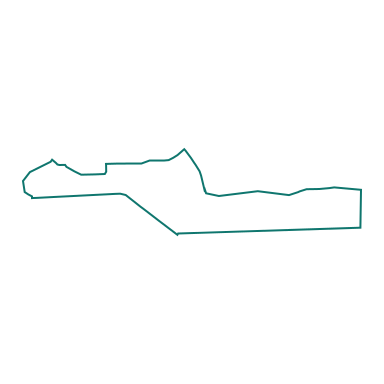 outline of New Cairo-3, Al Qahirah, Egypt
{"feature_id": "37247803B49811870233448", "entity_name": "New Cairo-3", "entity_type": "district", "adm_level": 2, "iso_a3": "EGY", "parent_name": "Egypt", "parent_adm1": "Al Qahirah", "projection": "albers", "projection_center": [31.48, 29.977], "detail": "fine", "context": "isolated", "style": "outline", "palette": "teal", "viewbox_px": 384, "rotation_deg": 0, "n_neighbors": 0, "source": "geoboundaries", "source_scale": "gbopen_adm2", "svg_char_len": 963}
<svg xmlns="http://www.w3.org/2000/svg" viewBox="0 0 384 384"><path d="M32.0,198.1L33.4,198.0L36.5,197.9L53.6,197.0L77.5,195.8L81.2,195.6L107.0,194.3L114.8,193.9L120.2,193.7L125.7,195.0L140.5,206.7L143.1,208.6L158.7,220.6L177.4,234.8L178.1,233.5L360.4,227.7L361.0,189.8L334.2,187.4L329.3,188.1L319.4,189.0L313.7,189.1L306.6,189.2L299.6,191.4L298.2,192.1L289.0,195.1L257.8,191.2L218.9,196.0L206.1,193.3L204.8,189.4L204.5,189.9L201.1,175.7L199.6,171.3L195.5,164.7L194.3,163.0L191.0,158.0L188.1,154.1L185.5,150.6L184.2,149.2L182.2,151.0L177.5,155.1L173.2,157.8L168.7,160.1L164.5,160.5L149.7,160.5L141.5,163.5L117.2,163.6L106.0,163.9L106.1,165.4L106.2,171.7L104.8,174.0L94.9,174.4L81.2,174.7L76.1,172.2L74.3,171.3L66.5,166.9L65.1,164.9L59.4,165.0L57.4,164.5L55.9,162.9L52.1,159.7L50.6,161.8L29.9,172.1L23.0,181.0L24.7,192.1L25.0,192.3L25.4,192.5L26.3,193.1L27.5,193.9L28.4,194.5L29.4,195.0L32.0,196.4L32.0,198.1Z" fill="none" stroke="#0f766e" stroke-width="2"/></svg>